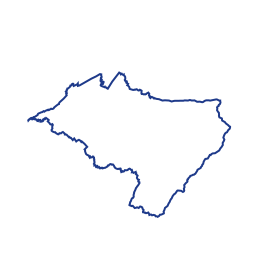 Kui Buri, Prachuap Khiri Khan, Thailand (Equal Earth projection), rotated 208°
{"feature_id": "78962969B26279095645158", "entity_name": "Kui Buri", "entity_type": "district", "adm_level": 2, "iso_a3": "THA", "parent_name": "Thailand", "parent_adm1": "Prachuap Khiri Khan", "projection": "equal_earth", "projection_center": [99.804, 12.111], "detail": "fine", "context": "isolated", "style": "outline", "palette": "blue", "viewbox_px": 256, "rotation_deg": 208, "n_neighbors": 0, "source": "geoboundaries", "source_scale": "gbopen_adm2", "svg_char_len": 5713}
<svg xmlns="http://www.w3.org/2000/svg" viewBox="0 0 256 256"><g transform="rotate(208 128 128)"><path d="M219.5,87.8L219.3,88.8L218.0,90.9L216.7,90.6L216.2,91.6L214.8,91.7L214.5,92.3L213.7,92.5L212.9,92.1L212.4,92.5L211.3,91.6L210.8,92.0L210.8,92.7L210.5,92.5L210.4,93.4L209.5,93.6L209.1,94.0L208.3,93.4L208.3,92.5L207.9,92.6L206.8,93.6L207.0,94.0L206.8,94.6L206.9,95.1L206.3,95.0L206.4,96.1L206.2,96.1L206.1,97.2L205.3,97.1L205.1,98.4L201.8,97.9L201.7,97.6L202.0,96.2L199.4,95.4L198.4,94.8L197.3,95.0L196.7,95.9L196.0,95.6L195.7,95.0L195.7,94.1L195.3,93.1L194.5,92.1L194.6,90.4L194.1,89.7L192.9,89.5L190.8,89.7L190.3,90.1L188.8,89.6L186.7,89.6L186.3,89.9L186.1,91.2L184.7,91.8L184.3,92.9L183.6,93.9L181.1,93.3L180.7,92.6L179.2,93.3L175.7,92.1L175.5,92.6L174.2,92.2L173.7,92.5L171.1,91.4L170.6,93.5L167.4,91.8L166.9,93.0L165.8,94.5L163.4,94.4L163.4,94.1L162.6,93.7L162.3,94.4L158.9,93.6L155.2,92.2L156.3,88.7L155.5,88.3L154.9,87.2L152.9,85.4L151.8,85.1L149.5,85.2L149.0,84.6L147.9,83.9L147.7,85.0L146.9,84.5L146.0,85.4L145.6,86.1L145.7,87.1L145.2,86.3L144.1,85.4L143.9,85.6L143.7,85.3L143.5,84.7L143.3,84.7L142.7,84.0L142.5,83.1L142.0,82.8L141.4,81.9L141.3,80.4L140.7,80.3L140.8,80.0L140.3,79.6L140.1,79.1L139.6,79.5L139.0,79.7L138.1,78.8L138.0,79.0L137.6,78.9L137.6,79.4L137.2,80.1L136.6,79.8L136.5,79.4L135.9,79.5L135.7,79.1L135.2,79.5L134.5,79.4L134.5,79.6L134.2,79.4L134.1,79.7L133.3,79.6L132.9,80.3L132.3,80.3L132.4,80.6L131.9,80.9L131.1,80.8L130.1,81.8L129.6,82.0L128.1,84.3L128.2,85.3L127.8,85.4L127.5,85.7L127.4,86.4L127.0,87.4L126.4,88.0L125.5,87.9L125.2,88.3L124.8,88.2L124.1,88.7L122.7,88.1L121.6,87.2L121.2,87.2L120.5,86.7L119.0,86.7L117.7,87.0L117.1,87.6L116.7,87.6L116.1,88.4L115.6,88.7L115.1,88.4L114.6,87.3L113.2,85.9L112.4,86.8L112.5,87.3L111.7,87.3L111.2,87.8L111.0,89.3L109.4,90.0L108.6,90.7L108.3,91.8L107.6,92.8L107.0,92.9L105.3,92.4L104.9,92.8L103.9,91.8L103.7,90.7L102.8,91.2L102.0,91.0L100.6,92.8L100.2,92.2L99.5,92.0L99.4,91.0L97.2,90.5L97.0,89.0L96.7,88.1L95.2,87.2L94.1,87.4L93.9,85.7L93.4,85.4L92.5,85.5L92.0,84.7L92.2,81.9L92.5,80.7L92.6,79.1L92.8,78.6L92.5,77.3L92.4,74.0L92.1,73.6L91.6,71.4L90.7,70.0L90.7,68.8L91.1,68.5L91.5,67.4L91.1,64.3L91.3,63.6L90.8,62.0L90.6,60.6L90.2,60.5L89.3,60.8L88.4,60.6L87.3,61.5L84.5,60.5L83.4,61.4L82.8,62.2L81.0,62.4L80.5,64.3L80.0,64.6L78.2,64.6L77.2,63.5L75.7,62.9L75.5,61.1L75.2,60.7L74.4,61.1L73.7,60.9L73.0,61.4L72.3,61.2L71.5,61.7L70.4,62.9L69.1,62.1L68.3,61.2L67.3,62.3L66.7,62.5L65.8,62.2L64.6,63.3L63.2,63.6L62.1,63.0L61.1,63.6L60.1,63.5L59.2,65.1L59.1,66.4L57.9,67.2L56.3,69.3L56.3,69.7L57.3,70.9L57.4,72.9L57.8,74.8L56.5,77.7L56.7,80.6L56.5,82.2L56.7,83.7L56.7,85.3L56.4,86.2L56.6,88.8L56.2,91.1L55.5,92.3L55.1,95.7L54.7,96.2L51.6,97.5L49.5,97.3L48.9,98.3L49.0,99.2L50.2,100.7L50.3,102.3L51.6,104.0L51.1,106.4L50.4,108.3L50.5,108.9L51.2,109.6L51.3,110.6L50.9,110.9L51.1,111.8L50.4,114.2L50.5,115.0L49.5,115.9L48.6,117.3L47.9,117.6L47.5,118.7L47.1,119.1L46.8,122.7L47.0,123.8L45.1,126.8L45.2,128.1L44.8,129.4L45.2,130.5L44.8,131.6L45.4,133.9L45.3,136.6L45.0,137.2L44.4,137.5L43.2,138.6L43.1,142.6L42.3,142.9L42.1,144.1L41.3,145.3L39.3,146.6L36.9,151.0L36.9,153.2L36.5,155.0L36.3,157.5L37.4,159.3L37.3,161.7L37.5,163.0L39.3,164.3L39.7,166.8L39.7,168.8L39.2,170.0L38.6,170.7L38.5,173.4L37.9,174.8L38.0,176.1L38.5,177.1L39.7,177.1L40.7,177.5L43.8,178.0L45.2,178.7L48.4,178.8L49.6,180.5L52.3,180.3L53.4,181.4L53.7,182.3L55.0,184.2L56.2,184.6L57.7,185.5L58.3,187.2L59.0,187.9L59.0,189.0L58.3,190.0L58.7,191.1L58.1,192.0L58.2,193.5L58.5,194.3L59.2,194.8L59.5,195.5L60.5,195.0L62.6,195.0L63.5,194.7L68.4,190.7L69.6,190.4L72.0,189.1L73.0,188.0L73.9,186.2L74.6,185.6L76.9,185.0L79.3,183.6L82.2,183.6L84.6,182.2L86.5,181.8L87.9,180.4L90.9,179.0L91.9,178.1L99.9,173.7L101.9,171.9L104.7,171.5L108.4,169.8L110.5,168.4L114.1,168.0L116.8,167.0L117.7,167.0L118.0,166.7L118.9,166.3L119.3,166.8L120.7,166.5L121.5,166.7L121.8,166.5L122.2,165.3L123.1,166.1L123.4,165.5L124.0,166.2L124.8,166.6L125.3,168.2L126.7,168.8L127.9,166.9L127.9,166.5L128.6,165.7L129.2,165.6L129.8,165.1L131.4,164.8L131.9,164.5L132.4,164.9L133.5,167.3L134.7,167.4L135.0,167.2L135.5,167.3L135.9,166.3L136.5,166.0L138.5,166.3L139.7,165.1L139.9,165.2L141.3,164.0L144.8,163.3L146.1,164.7L147.6,165.4L148.7,165.4L148.6,167.0L150.7,167.2L150.5,168.0L150.9,168.5L151.2,168.7L151.8,168.3L152.6,168.3L153.4,168.9L153.3,169.4L153.7,170.6L154.6,171.9L155.3,172.3L156.3,172.5L156.8,173.2L157.1,172.6L158.4,172.7L159.0,173.0L159.5,172.0L160.5,172.7L161.8,172.8L163.7,161.6L164.3,153.2L165.4,153.2L166.0,153.6L167.5,153.1L167.9,153.6L168.4,153.0L169.6,152.8L171.5,152.6L172.2,152.9L172.4,154.0L172.0,155.0L171.6,155.3L171.3,154.7L170.8,154.9L170.8,155.5L171.2,155.8L171.0,156.6L171.1,157.2L171.3,157.3L171.9,156.6L173.0,157.2L173.4,156.2L174.4,156.7L174.6,157.3L173.9,157.3L173.9,158.4L174.6,158.6L174.8,158.9L175.2,158.9L175.5,159.8L175.2,160.6L175.7,161.3L176.5,161.9L176.8,162.8L177.6,162.6L178.1,162.4L180.4,158.6L183.4,154.5L190.8,142.8L192.0,141.7L193.2,143.7L193.4,142.6L195.7,139.6L196.3,140.1L197.0,141.3L197.4,141.3L197.8,140.8L198.2,140.1L198.1,138.9L198.3,138.5L198.8,138.3L198.6,136.9L199.6,134.7L200.1,134.3L199.8,133.6L200.0,132.5L199.6,132.3L199.5,132.0L199.9,130.9L199.2,130.7L199.0,129.8L198.3,129.9L198.1,128.4L197.5,128.0L198.6,123.7L200.5,118.5L200.5,117.4L200.2,116.7L200.7,116.3L201.6,114.4L202.9,111.3L202.8,110.5L203.4,109.5L204.1,109.0L204.5,109.1L204.8,109.8L204.8,109.1L206.3,106.6L206.8,106.3L207.0,106.7L207.4,106.4L209.1,104.2L209.5,103.2L210.5,103.2L211.1,101.8L211.9,101.2L212.5,100.4L213.9,98.7L214.1,98.0L213.9,97.1L215.5,94.1L216.5,93.3L217.0,91.7L217.8,91.7L218.4,91.2L219.4,89.1L219.7,88.0L219.5,87.8Z" fill="none" stroke="#1e3a8a" stroke-width="2"/></g></svg>